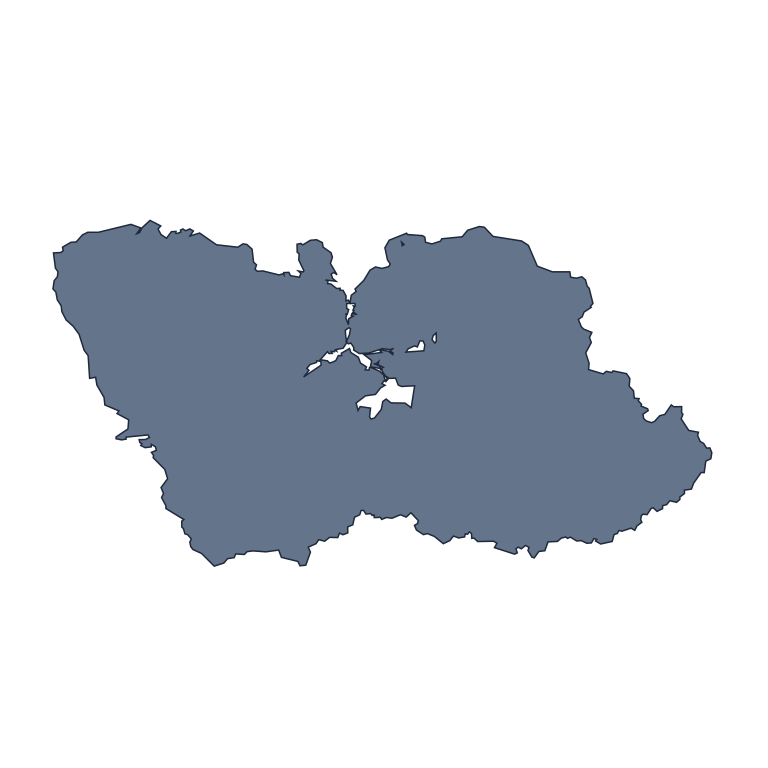 outline of Kadamjay, Batken, Kyrgyzstan, rotated 353°
{"feature_id": "92254566B89455719533038", "entity_name": "Kadamjay", "entity_type": "district", "adm_level": 2, "iso_a3": "KGZ", "parent_name": "Kyrgyzstan", "parent_adm1": "Batken", "projection": "equal_earth", "projection_center": [71.702, 39.995], "detail": "fine", "context": "isolated", "style": "filled", "palette": "slate", "viewbox_px": 768, "rotation_deg": 353, "n_neighbors": 0, "source": "geoboundaries", "source_scale": "gbopen_adm2", "svg_char_len": 6156}
<svg xmlns="http://www.w3.org/2000/svg" viewBox="0 0 768 768"><g transform="rotate(353 384 384)"><path d="M699.3,498.0L701.0,492.1L699.6,487.1L696.4,487.0L694.0,481.9L690.8,479.5L689.0,473.3L690.2,470.2L680.8,467.2L674.7,454.8L677.0,450.5L675.9,448.6L676.7,442.7L668.8,441.9L666.6,439.8L659.0,448.4L653.8,449.1L648.0,454.1L644.9,455.0L639.9,452.7L637.5,449.9L637.4,445.5L643.0,442.6L642.6,440.7L636.5,437.2L637.1,435.5L634.3,431.5L635.4,429.6L630.7,428.6L630.8,421.1L627.1,416.1L628.7,408.6L626.0,403.3L613.0,398.9L611.4,400.4L606.2,398.5L602.8,400.7L588.8,394.6L590.1,388.4L588.0,377.7L594.8,368.1L593.6,362.9L596.6,358.1L588.8,353.8L586.8,351.2L584.8,343.6L588.9,341.4L591.3,337.0L599.0,333.2L598.4,332.1L601.2,329.5L599.3,314.0L597.6,311.6L596.7,305.3L593.5,301.7L587.8,302.4L582.3,300.8L582.1,295.3L564.8,293.2L550.5,285.7L544.2,264.0L538.0,258.8L510.2,250.8L502.7,240.6L497.8,239.3L485.7,241.6L479.6,247.4L459.0,246.9L457.5,249.1L448.6,250.8L442.5,248.4L442.4,243.2L440.2,241.4L425.6,238.5L424.8,237.1L406.7,241.9L401.5,248.9L402.6,261.3L404.8,265.6L402.9,268.1L396.0,269.0L389.8,266.8L384.0,269.3L376.5,278.8L366.8,286.2L367.7,288.7L362.4,291.9L360.1,299.2L358.7,296.4L356.3,296.8L357.1,292.0L354.8,286.1L351.6,285.5L352.2,283.7L348.6,283.4L343.5,278.3L340.2,277.4L341.1,274.6L338.4,273.6L348.9,276.2L345.9,273.0L344.9,268.5L347.9,267.2L350.7,269.9L345.5,257.8L348.3,251.8L347.4,247.2L340.3,240.8L340.0,236.1L334.7,232.6L328.3,232.4L320.4,236.0L318.5,234.3L314.7,234.7L313.9,242.6L315.6,244.6L314.5,250.6L318.3,261.8L317.4,262.9L312.7,261.4L315.0,264.1L313.1,267.7L304.4,265.1L303.2,261.6L298.1,261.2L298.0,263.6L297.2,262.2L293.3,263.0L277.5,257.0L272.1,256.7L270.0,254.4L272.0,250.2L269.4,247.2L269.5,234.1L264.9,228.8L261.1,227.7L255.6,230.4L234.7,225.4L219.4,211.7L209.5,213.4L213.4,208.9L210.2,206.4L205.7,207.7L203.3,205.6L200.7,206.5L200.9,208.5L196.8,209.4L195.7,209.0L196.2,207.2L191.5,206.9L185.9,212.8L180.9,208.5L178.6,202.7L181.7,199.9L171.7,193.1L162.7,199.6L159.8,203.9L156.9,204.7L161.7,199.5L152.3,194.7L119.0,198.6L108.4,197.3L102.8,199.3L95.8,205.5L90.5,205.2L81.6,209.0L81.8,212.6L79.4,214.1L71.9,213.6L72.0,229.0L74.1,232.8L72.9,237.7L69.2,241.3L67.0,249.3L69.5,252.7L70.0,260.7L73.1,267.0L73.1,273.0L76.3,281.7L82.6,288.9L87.4,297.5L90.5,314.0L93.8,319.8L92.5,342.5L98.6,342.2L98.9,350.1L104.5,363.2L104.4,370.8L117.6,378.4L115.4,380.8L126.2,388.4L124.4,397.4L111.6,403.9L111.4,405.7L116.8,407.5L121.3,407.3L121.6,405.3L143.6,405.8L144.6,408.5L140.5,410.0L134.2,409.4L134.5,412.4L136.4,413.6L135.1,415.4L139.2,418.1L145.3,418.0L145.7,415.6L149.5,418.4L149.9,422.1L144.8,423.5L146.6,426.8L145.9,429.0L156.0,442.1L157.7,451.6L150.1,459.6L151.8,465.8L149.4,469.6L152.7,478.3L152.3,481.0L168.8,494.1L166.5,495.5L165.9,501.6L167.3,503.0L168.1,508.4L170.8,509.7L173.9,514.3L172.0,517.3L172.4,522.0L174.2,525.0L182.3,530.0L193.3,544.1L203.2,542.2L207.5,538.3L214.1,538.1L216.1,534.6L224.7,536.2L227.7,533.7L233.6,533.7L246.4,536.2L259.2,536.0L261.1,543.6L276.9,549.6L278.5,554.2L284.3,554.3L290.5,541.9L288.9,536.7L297.1,534.2L300.2,530.6L306.0,532.8L311.3,529.6L319.4,530.8L321.6,526.6L324.9,528.6L329.9,527.4L330.5,521.4L335.8,520.0L338.5,512.7L344.0,510.8L345.8,506.8L348.3,506.9L350.2,510.9L355.0,511.0L356.2,513.0L358.2,512.8L358.0,515.4L364.1,515.9L365.2,518.1L370.2,516.8L375.6,518.2L384.4,515.8L389.8,518.8L395.0,515.1L401.4,523.7L400.3,526.6L397.0,528.0L398.4,532.9L404.8,538.3L409.0,537.8L415.5,541.5L423.4,549.7L430.2,547.5L434.4,543.4L439.4,545.9L445.4,545.6L446.4,542.7L448.6,543.3L450.7,541.2L452.6,543.1L452.3,547.9L454.5,547.9L457.8,551.8L473.6,553.4L476.7,555.8L473.7,559.9L492.9,568.8L495.7,567.9L494.9,563.6L497.3,562.3L500.2,564.3L504.8,561.5L508.0,563.8L506.6,566.8L509.7,573.9L511.9,574.9L517.3,569.1L523.3,569.1L527.6,560.7L537.0,561.4L541.1,558.6L545.8,558.0L547.3,559.6L550.4,558.7L556.1,563.3L560.7,563.5L565.9,566.8L570.5,567.0L573.5,563.0L576.3,564.2L574.8,565.6L579.5,569.2L591.3,568.1L594.0,561.5L597.3,560.8L599.5,558.0L602.2,559.1L611.6,557.2L615.1,559.8L617.8,555.7L623.1,552.7L622.2,550.0L623.4,546.1L625.1,544.8L629.2,545.7L633.9,540.2L636.0,539.6L639.5,543.7L645.3,541.7L645.7,538.7L649.8,538.2L653.5,534.7L660.0,537.1L663.6,534.6L663.9,532.2L668.9,529.3L669.2,526.0L676.3,525.8L679.3,520.1L688.0,510.5L691.0,511.0L694.0,499.8L699.3,498.0ZM354.0,399.5L364.1,393.5L374.2,393.3L380.1,387.5L384.9,385.4L382.0,383.4L384.4,380.7L386.1,381.9L388.4,379.8L386.8,376.5L390.0,379.1L396.2,379.6L398.0,386.8L401.1,388.6L414.2,389.5L408.1,410.8L402.5,405.5L388.7,403.6L384.3,399.2L380.7,401.2L378.2,408.9L370.4,416.6L366.8,417.2L365.7,414.8L367.7,406.3L357.6,403.5L355.0,407.1L354.0,399.5ZM323.7,352.1L331.9,345.0L333.2,347.1L336.4,347.3L335.6,345.2L338.9,345.9L339.6,344.3L341.0,345.5L340.6,344.0L347.8,343.5L352.1,338.4L351.5,336.9L352.4,335.0L352.1,338.1L353.5,339.8L356.2,339.4L358.6,344.5L358.0,346.6L363.3,350.8L372.6,351.4L386.8,348.7L394.6,350.7L397.8,349.7L393.9,352.0L396.8,354.3L396.2,355.8L392.5,352.1L386.3,350.1L384.1,350.6L385.6,352.4L367.8,352.5L374.6,359.2L372.6,365.3L381.8,368.0L382.9,370.3L382.1,365.9L376.2,362.3L378.6,363.1L381.5,361.0L380.3,364.0L385.3,367.3L383.6,367.9L383.7,371.0L388.0,379.5L385.6,380.8L384.7,374.6L380.7,370.5L373.3,366.1L371.6,365.9L370.8,368.4L367.1,367.6L368.7,364.9L363.2,360.3L361.8,354.3L354.9,348.7L354.1,344.6L345.3,348.3L345.5,350.7L342.2,350.2L339.1,354.8L336.1,355.9L332.6,356.6L330.7,354.1L323.7,352.1ZM409.7,355.0L412.4,351.9L419.0,349.9L421.6,351.3L424.8,345.6L428.0,346.1L429.3,350.2L427.6,355.9L409.7,355.0ZM353.8,309.9L356.1,310.2L358.0,305.8L356.2,304.5L356.7,299.5L365.0,300.6L364.9,303.3L363.1,302.8L363.7,304.4L362.2,306.9L363.1,307.4L361.3,309.9L363.5,309.8L364.7,311.3L360.7,310.3L359.8,312.2L361.6,312.9L356.8,315.0L356.0,320.8L354.1,313.9L355.6,310.3L353.8,309.9ZM305.1,367.2L311.2,361.3L309.3,359.1L313.1,355.6L319.6,354.4L320.2,352.7L324.2,354.0L323.8,357.7L305.1,367.2ZM351.8,334.0L352.1,326.0L356.2,323.8L357.5,325.2L355.7,330.8L353.2,335.1L351.8,334.0ZM437.1,345.8L438.7,342.0L442.0,339.7L441.1,348.0L439.5,349.6L437.1,345.8ZM419.0,249.0L418.7,245.3L420.9,248.0L419.0,249.0Z" fill="#64748b" stroke="#1e293b" stroke-width="1.5"/></g></svg>